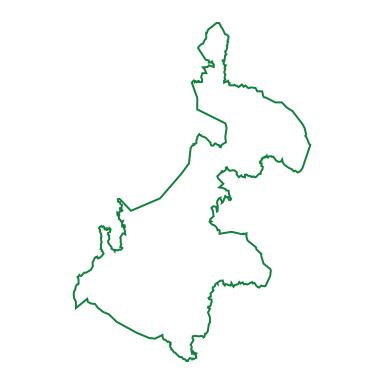 Tlacoachistlahuaca, Guerrero, Mexico (Equal Earth projection)
{"feature_id": "50627088B91414263136066", "entity_name": "Tlacoachistlahuaca", "entity_type": "district", "adm_level": 2, "iso_a3": "MEX", "parent_name": "Mexico", "parent_adm1": "Guerrero", "projection": "equal_earth", "projection_center": [-98.264, 16.975], "detail": "fine", "context": "isolated", "style": "outline", "palette": "green", "viewbox_px": 384, "rotation_deg": 0, "n_neighbors": 0, "source": "geoboundaries", "source_scale": "gbopen_adm2", "svg_char_len": 5997}
<svg xmlns="http://www.w3.org/2000/svg" viewBox="0 0 384 384"><path d="M116.5,321.7L136.7,332.8L149.2,338.0L155.0,338.6L162.4,335.0L162.4,336.6L163.6,339.5L165.3,339.8L167.6,341.9L168.6,341.5L170.7,342.8L169.9,344.0L170.6,344.7L170.1,345.9L170.4,347.2L171.3,348.2L171.2,349.4L172.5,350.1L174.0,352.3L175.0,352.6L179.4,356.9L181.6,357.0L183.3,359.1L185.2,359.3L186.4,361.0L188.0,360.9L188.0,360.2L189.9,358.1L191.9,358.7L192.2,359.4L193.0,358.6L194.4,358.8L196.3,357.7L195.7,354.7L196.4,353.4L194.3,352.6L194.0,353.5L193.6,352.6L193.2,353.5L192.1,353.8L191.6,351.7L192.7,351.4L191.1,349.4L191.8,347.7L191.3,345.7L190.6,344.8L193.5,340.1L192.6,338.7L192.7,336.4L194.6,335.8L199.7,336.4L201.0,335.9L202.6,336.2L203.5,337.4L204.5,336.5L205.0,333.8L206.1,333.6L207.8,331.2L208.9,323.9L210.0,322.5L209.9,317.4L208.0,312.3L210.0,308.8L207.9,307.5L208.3,306.6L210.2,306.3L211.8,301.3L211.4,299.4L209.3,299.3L208.5,297.9L210.9,296.4L210.5,293.4L213.5,290.5L212.7,289.2L212.8,287.4L214.7,286.3L215.1,284.8L216.4,283.2L217.0,283.1L217.6,283.8L217.5,282.6L220.3,280.7L222.7,280.5L223.6,283.3L223.3,283.9L224.8,285.5L225.7,284.1L230.5,285.6L231.0,285.2L231.4,283.0L233.5,286.8L234.6,285.2L238.3,284.0L239.3,282.1L240.6,283.6L242.7,282.4L244.0,284.3L245.3,283.9L247.3,284.5L252.1,282.0L252.7,283.4L254.4,282.9L256.8,286.4L259.1,287.6L261.1,285.6L263.9,286.3L265.6,285.8L270.2,276.0L270.8,271.0L270.5,269.2L263.5,263.6L261.3,256.0L261.3,253.9L256.4,249.4L255.9,247.2L248.2,241.1L247.2,239.5L246.4,236.4L246.5,233.3L243.7,234.2L243.4,233.6L241.5,234.1L231.5,231.8L219.6,233.8L219.6,230.4L218.7,229.8L217.6,230.2L216.4,227.2L214.4,225.3L212.1,224.6L209.6,221.9L209.9,221.2L211.0,221.2L210.1,220.5L210.3,219.2L213.6,216.3L212.9,210.6L211.4,208.0L213.2,206.2L216.7,207.1L216.5,208.9L216.9,211.5L217.6,211.1L217.8,206.1L217.0,202.8L217.3,201.0L218.9,198.5L220.5,197.7L220.5,199.0L222.1,201.6L221.9,202.9L223.2,201.8L224.2,198.5L225.4,197.3L225.0,196.4L225.2,196.0L227.3,197.4L228.2,197.1L228.8,199.7L230.0,200.2L230.9,199.4L231.0,198.6L229.9,197.1L229.6,195.1L229.0,194.3L228.7,190.8L226.1,190.4L225.7,189.2L222.2,187.8L219.2,187.4L223.4,183.8L218.2,178.5L217.3,176.3L221.1,172.6L221.7,171.2L222.2,171.2L222.4,172.2L225.2,170.5L226.1,168.7L225.9,167.6L226.9,167.2L227.6,169.1L229.6,170.8L233.5,170.2L235.1,170.7L236.9,172.6L236.6,174.3L238.9,177.2L241.2,175.4L242.2,176.7L244.9,177.4L245.0,174.8L246.2,174.5L248.4,175.9L250.2,175.9L251.4,177.0L253.6,176.4L254.4,177.2L255.7,177.2L259.2,173.9L260.6,173.9L260.7,172.0L262.5,169.1L262.8,166.7L261.2,165.7L261.7,163.3L260.1,163.1L259.9,161.7L261.6,160.4L261.8,158.7L262.5,158.8L263.1,157.5L264.3,157.5L264.7,156.8L265.5,157.2L266.6,155.7L266.8,156.8L267.9,157.6L268.5,156.5L271.4,156.2L272.2,156.9L273.3,156.7L276.2,160.6L278.6,161.9L281.2,161.4L282.1,159.5L282.9,162.7L284.4,164.7L288.5,167.7L291.8,169.2L293.9,171.3L295.3,170.7L297.7,172.5L300.3,171.2L302.5,168.0L310.3,145.0L309.0,143.7L306.6,137.5L305.3,135.9L306.1,134.6L305.2,130.4L304.4,127.6L302.3,123.8L292.4,111.0L287.0,107.7L281.8,102.4L275.2,102.4L265.9,97.6L264.1,97.3L263.1,95.7L262.2,91.3L257.2,91.3L255.6,88.0L251.1,87.4L248.5,88.2L245.4,85.6L243.6,86.8L241.9,84.5L238.5,87.1L237.2,85.9L235.6,85.7L234.6,84.8L233.6,85.3L229.9,85.3L229.1,84.6L229.6,83.0L228.4,82.5L228.1,80.9L224.1,82.6L224.1,80.5L225.3,79.4L224.5,77.5L225.4,74.5L224.4,73.0L224.3,71.8L225.3,69.1L224.5,68.3L225.6,65.7L224.9,65.9L224.9,65.1L224.0,64.5L223.5,63.3L224.0,61.8L222.7,61.1L222.7,60.3L224.5,60.2L225.1,55.5L226.3,54.4L225.6,53.4L225.2,51.4L225.9,51.2L227.3,47.7L226.8,46.0L227.5,45.0L227.2,43.7L228.2,41.7L227.5,40.9L228.3,39.0L228.6,36.4L226.8,34.7L225.1,34.2L222.4,28.6L220.7,26.3L220.5,25.1L219.0,23.0L216.5,23.0L208.0,29.8L206.9,32.9L206.2,32.8L206.2,38.6L204.9,39.7L203.0,43.6L200.9,44.5L198.2,47.3L198.2,48.2L205.7,59.8L208.8,60.4L208.8,62.6L210.8,62.4L211.3,61.8L212.0,62.8L212.4,62.2L212.8,63.7L213.8,64.4L213.7,67.0L209.0,65.3L207.6,66.9L202.9,67.4L204.6,69.3L206.3,73.2L202.4,73.2L201.1,77.1L202.2,79.3L201.9,82.0L198.8,82.1L198.9,81.2L198.3,81.0L196.6,82.1L196.1,81.5L195.1,82.1L195.3,81.2L193.9,80.4L191.8,82.6L197.3,98.2L197.2,109.4L225.4,123.4L226.6,128.0L225.3,136.8L225.9,142.4L222.4,144.3L221.1,145.9L220.8,147.2L219.5,146.8L219.4,145.3L216.7,144.5L215.7,143.5L214.7,143.6L213.3,145.6L211.6,145.5L210.9,145.1L210.5,142.7L205.7,137.7L201.4,136.0L200.9,135.1L199.7,134.9L199.2,134.2L197.3,136.9L197.2,138.8L196.6,139.4L196.3,143.3L193.5,144.1L194.1,144.9L192.1,145.8L190.6,148.3L189.0,163.3L181.5,173.6L160.1,198.3L131.0,210.8L119.5,198.8L117.8,199.2L118.1,201.7L120.0,202.3L120.3,203.8L122.1,205.3L121.3,207.8L119.9,208.1L120.0,209.4L120.4,209.8L121.6,209.1L122.4,210.6L121.3,211.4L120.2,211.2L119.0,212.7L117.3,212.3L117.6,215.4L118.0,215.7L118.7,214.3L119.1,214.4L119.3,215.6L118.8,216.5L119.1,219.1L120.0,219.6L121.2,221.5L122.9,221.0L122.1,223.2L122.1,226.5L123.1,226.4L123.1,225.3L123.8,224.9L124.6,225.3L125.1,226.9L123.8,227.9L124.7,230.1L125.2,234.4L123.7,233.4L122.6,233.6L120.2,237.7L120.7,238.8L120.7,242.9L121.3,244.4L120.3,246.9L122.3,247.7L122.4,248.2L120.7,249.8L119.4,249.5L117.9,250.4L114.9,249.9L114.7,251.1L114.1,250.1L111.4,248.7L111.6,247.2L108.6,243.6L108.0,241.1L109.4,238.9L108.9,236.6L109.3,235.7L107.8,234.1L108.1,232.8L110.0,232.0L110.6,229.2L109.3,228.0L109.0,229.1L106.7,229.9L106.7,228.3L104.7,229.2L104.2,228.2L104.4,227.4L103.2,226.4L102.2,226.9L101.4,226.0L99.6,227.1L98.9,228.1L100.3,230.1L99.8,231.5L100.9,233.5L101.5,236.7L101.0,237.3L101.2,240.9L101.7,242.1L100.8,244.5L101.1,248.9L100.8,249.1L101.6,249.6L101.7,251.0L102.3,251.1L103.6,253.7L100.9,256.9L98.4,258.4L97.8,258.4L97.2,256.6L95.0,257.6L92.6,262.5L92.8,266.2L91.0,269.7L86.1,272.7L84.1,272.6L81.5,275.7L80.6,275.9L79.3,274.9L78.4,276.7L77.5,277.1L78.5,279.1L78.6,283.1L78.3,284.3L77.0,284.5L75.8,286.3L75.2,289.6L74.0,291.6L73.7,294.3L74.0,297.9L75.9,301.7L75.9,308.1L87.2,298.9L87.8,301.8L90.9,303.5L95.1,304.0L97.6,307.5L103.1,311.9L109.0,314.4L116.5,321.7Z" fill="none" stroke="#15803d" stroke-width="2"/></svg>